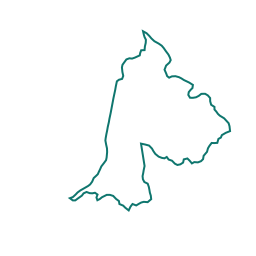 outline of Gado Bravo, Paraíba, Brazil, rotated 237°
{"feature_id": "56859067B38190355049455", "entity_name": "Gado Bravo", "entity_type": "district", "adm_level": 2, "iso_a3": "BRA", "parent_name": "Brazil", "parent_adm1": "Paraíba", "projection": "albers", "projection_center": [-35.816, -7.565], "detail": "fine", "context": "isolated", "style": "outline", "palette": "teal", "viewbox_px": 256, "rotation_deg": 237, "n_neighbors": 0, "source": "geoboundaries", "source_scale": "gbopen_adm2", "svg_char_len": 2216}
<svg xmlns="http://www.w3.org/2000/svg" viewBox="0 0 256 256"><g transform="rotate(237 128 128)"><path d="M100.8,41.0L97.3,42.3L96.0,44.4L96.2,47.7L96.4,52.5L97.4,55.2L96.9,58.4L94.2,60.4L92.6,62.6L91.7,65.0L88.8,66.2L86.9,63.7L84.1,63.0L83.8,65.6L84.1,68.5L83.8,71.1L83.5,73.8L81.8,76.4L79.1,78.6L74.9,79.4L71.7,80.6L68.9,79.4L65.5,81.7L62.6,82.3L58.5,83.7L60.7,87.3L61.8,90.4L58.6,92.7L58.5,95.7L58.3,98.5L57.5,101.0L55.1,104.1L55.7,108.7L58.9,110.3L61.8,111.1L64.3,112.2L67.3,113.4L70.6,114.2L73.8,112.3L76.9,112.6L79.7,114.0L81.9,116.2L84.1,118.2L87.1,121.2L107.8,130.4L104.9,133.3L101.8,136.1L97.7,136.9L94.7,136.7L91.4,136.8L87.3,138.1L84.4,140.2L82.7,142.1L82.6,144.7L79.4,144.9L76.6,147.1L72.5,147.9L70.1,149.3L69.0,152.1L69.0,155.4L71.3,157.7L70.1,161.2L67.0,161.9L63.5,162.3L63.3,165.0L61.1,167.9L60.4,171.2L61.0,174.0L63.5,176.3L65.0,181.3L67.4,184.0L68.6,186.4L69.9,190.0L68.4,192.1L66.9,194.8L69.6,197.9L69.4,200.7L70.9,202.8L70.7,207.4L69.8,211.9L74.2,214.1L77.2,215.0L83.8,213.9L88.4,211.7L90.9,211.1L93.7,211.0L96.4,210.6L98.6,212.0L102.2,210.4L105.7,211.5L108.4,213.2L111.9,212.7L114.7,211.3L116.7,208.1L116.4,204.8L116.7,201.8L118.0,198.8L119.6,196.5L122.9,196.6L125.0,198.5L125.9,201.3L126.4,203.8L128.8,205.9L132.9,204.0L137.8,201.0L140.5,199.8L142.9,198.4L145.6,196.0L147.4,192.9L147.8,189.9L150.2,189.1L152.8,189.7L157.0,190.4L159.6,194.0L160.3,198.4L161.7,200.8L164.2,201.5L167.6,201.9L171.9,201.6L175.6,201.5L178.7,201.1L182.1,199.7L186.4,197.4L190.4,196.4L193.7,196.0L197.4,195.2L200.9,193.3L197.6,192.1L195.2,191.4L192.3,191.1L189.7,189.2L187.2,186.6L184.3,184.3L186.0,181.4L184.3,179.1L182.5,177.4L182.9,174.7L183.3,172.0L184.0,169.2L185.7,167.1L186.4,164.0L185.1,160.6L184.0,157.8L182.1,155.9L178.0,153.8L174.3,152.4L172.4,149.8L173.4,146.7L173.2,144.1L169.7,140.6L166.9,138.0L163.8,134.9L160.9,132.0L150.0,121.6L145.8,117.4L143.5,115.3L139.9,111.6L137.1,109.0L134.7,106.6L131.6,103.7L129.8,102.2L125.9,100.6L122.4,99.3L119.2,97.4L114.9,94.0L113.0,92.1L111.7,88.7L110.3,84.7L108.5,82.0L107.2,79.8L105.7,77.5L105.2,75.0L104.7,72.0L102.5,68.7L101.3,65.5L101.1,63.0L101.3,59.1L101.6,54.1L101.4,50.6L100.7,47.8L100.1,44.2L100.8,41.0Z" fill="none" stroke="#0f766e" stroke-width="2"/></g></svg>